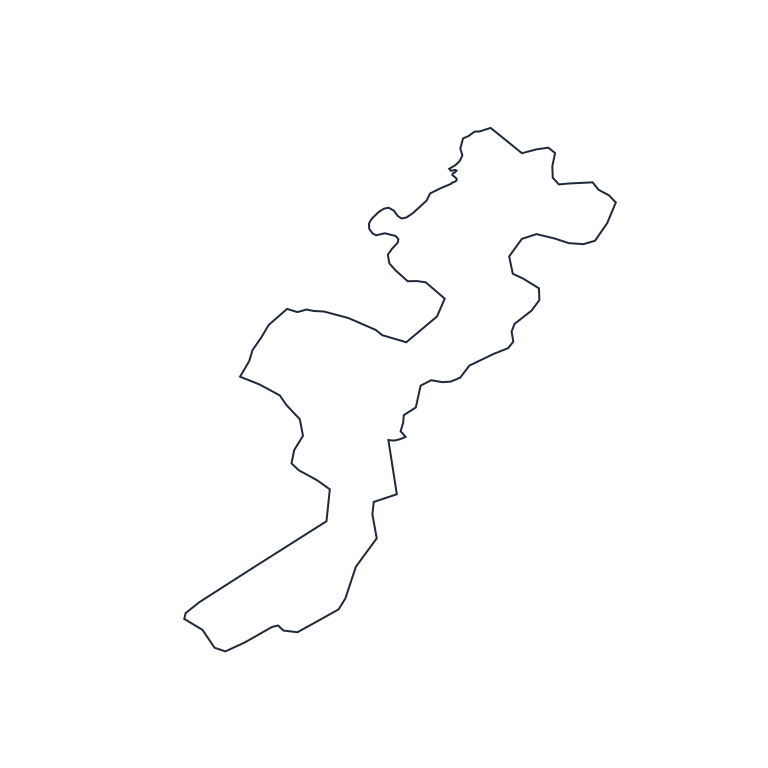 Bomadi, Delta, Nigeria, rotated 59°
{"feature_id": "59680162B43870676483034", "entity_name": "Bomadi", "entity_type": "district", "adm_level": 2, "iso_a3": "NGA", "parent_name": "Nigeria", "parent_adm1": "Delta", "projection": "equal_earth", "projection_center": [5.801, 5.229], "detail": "fine", "context": "isolated", "style": "outline", "palette": "slate", "viewbox_px": 768, "rotation_deg": 59, "n_neighbors": 0, "source": "geoboundaries", "source_scale": "gbopen_adm2", "svg_char_len": 1915}
<svg xmlns="http://www.w3.org/2000/svg" viewBox="0 0 768 768"><g transform="rotate(59 384 384)"><path d="M553.8,539.0L547.9,527.5L526.2,502.3L512.5,469.7L489.8,461.1L479.8,453.5L485.1,429.8L434.3,409.1L437.8,404.4L439.6,398.6L440.4,392.7L433.1,394.1L427.0,387.5L420.9,383.1L420.5,368.8L404.3,353.5L405.0,341.7L412.4,333.1L416.3,325.6L417.8,315.4L412.2,301.4L414.6,274.8L417.2,259.2L414.3,251.4L404.8,247.6L399.7,241.2L397.1,219.8L392.1,207.6L381.8,201.9L365.6,210.3L355.8,216.8L339.1,211.0L330.6,191.1L334.1,176.0L347.5,162.5L358.4,153.1L366.8,141.1L369.9,129.4L361.1,109.9L347.8,91.8L338.1,94.0L328.0,100.1L318.6,101.3L307.6,121.8L303.0,131.3L294.1,133.1L284.1,127.6L274.1,118.4L266.1,121.4L261.4,132.4L257.2,146.9L219.4,160.7L216.7,172.1L214.3,176.4L215.0,183.9L214.2,189.8L221.5,197.3L228.4,199.1L231.8,204.1L233.2,210.1L233.1,217.3L235.7,216.8L237.2,212.6L238.5,211.9L239.1,214.1L238.9,216.5L240.0,217.8L245.2,216.0L246.5,216.5L247.1,218.1L246.9,220.6L246.4,222.2L247.0,223.2L245.4,234.1L244.4,246.4L248.7,252.9L252.5,271.6L252.8,279.0L251.2,283.7L247.0,285.7L240.7,286.2L235.3,289.2L233.7,293.7L233.8,299.8L235.7,308.1L237.0,311.5L239.0,314.5L243.4,316.7L249.0,316.3L252.5,314.1L255.2,305.7L260.2,300.7L263.1,297.8L267.3,297.1L269.9,299.4L272.1,307.1L275.0,314.0L280.5,316.2L283.6,317.3L292.7,315.5L308.1,310.8L312.7,302.8L318.3,295.9L342.1,288.0L353.4,303.7L359.7,343.4L341.2,360.4L333.5,363.2L309.3,380.4L290.9,398.2L285.0,406.9L280.3,412.0L277.9,420.7L277.1,421.8L269.7,428.4L274.0,452.4L280.8,465.0L287.2,479.2L294.9,487.7L303.6,503.6L320.2,491.0L340.1,479.2L351.6,478.5L361.5,476.4L370.7,474.3L386.7,480.1L394.3,494.9L404.4,504.2L414.2,501.4L432.1,490.9L446.4,484.7L472.0,504.0L474.0,588.7L475.9,654.7L478.2,672.0L482.5,676.2L501.3,666.2L522.8,665.1L531.5,657.7L533.8,636.6L534.6,605.0L536.5,599.2L543.6,597.1L552.2,586.0L553.4,552.2L553.8,539.0Z" fill="none" stroke="#1e293b" stroke-width="2"/></g></svg>